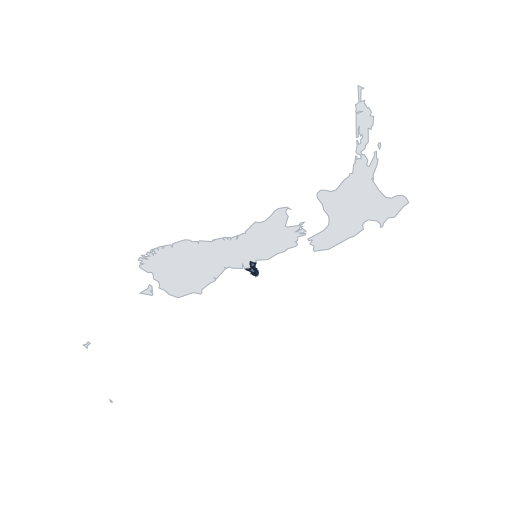 location of Christchurch City, Canterbury, New Zealand, rotated 30°
{"feature_id": "76426892B12142127553015", "entity_name": "Christchurch City", "entity_type": "district", "adm_level": 2, "iso_a3": "NZL", "parent_name": "New Zealand", "parent_adm1": "Canterbury", "projection": "equal_earth", "projection_center": [172.85, -43.646], "detail": "fine", "context": "in_parent", "style": "filled", "palette": "slate", "viewbox_px": 512, "rotation_deg": 30, "n_neighbors": 0, "source": "geoboundaries", "source_scale": "gbopen_adm2", "svg_char_len": 7657}
<svg xmlns="http://www.w3.org/2000/svg" viewBox="0 0 512 512"><g transform="rotate(30 256 256)"><path d="M266.4,215.3L268.3,215.5L277.1,208.8L280.7,207.3L281.6,207.2L279.7,209.2L280.1,210.6L278.1,215.2L279.8,214.4L280.8,211.3L282.0,210.7L281.6,208.9L286.8,209.5L285.0,212.7L282.2,214.5L283.9,214.6L287.9,211.4L287.9,213.3L282.7,218.7L284.3,221.7L282.9,224.1L284.4,223.8L286.3,225.7L285.2,228.2L279.5,234.4L278.7,237.6L273.6,243.1L268.1,253.2L258.0,259.8L259.8,261.6L256.3,264.0L259.1,263.6L261.1,267.5L265.6,268.7L265.9,272.4L263.0,273.4L260.1,271.7L255.9,272.4L257.3,270.8L255.6,269.8L252.5,272.9L248.0,269.3L250.5,273.5L241.7,278.4L238.1,278.8L236.8,281.4L234.7,281.6L235.9,282.4L233.2,295.7L230.8,295.7L233.1,297.2L232.7,298.5L229.9,302.3L226.0,312.4L227.5,314.8L227.3,316.5L220.0,319.1L209.4,331.1L199.7,332.8L194.2,331.4L187.9,332.2L186.7,328.8L184.5,327.0L178.8,327.1L176.0,323.4L173.6,322.4L170.8,324.4L161.9,324.1L160.2,323.5L159.9,322.1L163.1,318.3L160.1,320.4L158.8,320.1L160.0,318.5L159.8,316.9L156.1,318.5L156.3,315.2L164.4,313.0L161.2,312.8L160.9,311.6L164.1,309.2L159.8,309.4L160.4,306.5L162.8,306.5L161.9,304.4L166.7,306.5L166.0,304.5L167.9,303.9L164.5,302.5L164.4,300.3L166.0,298.7L168.2,299.4L166.7,297.6L170.6,293.9L171.6,296.7L171.8,292.7L176.8,288.8L178.9,290.3L177.9,286.8L186.2,277.6L191.0,275.2L193.6,275.6L197.9,272.8L199.8,273.9L199.1,271.9L199.6,270.9L210.8,265.6L210.8,263.9L212.0,263.6L211.2,263.2L217.5,257.4L220.2,257.8L218.6,256.1L221.2,254.6L223.8,255.8L222.3,254.0L224.7,252.9L225.9,254.4L226.0,252.2L229.8,247.5L230.6,251.2L231.0,250.7L230.8,247.0L233.5,242.7L235.6,241.8L234.6,240.5L238.4,226.9L242.6,225.2L246.3,221.2L248.8,213.6L249.6,207.9L251.8,203.6L258.2,198.2L263.4,198.2L259.8,198.7L259.3,201.6L260.4,203.9L264.2,205.6L266.4,215.3ZM263.8,59.4L269.5,69.9L272.5,66.7L272.9,69.1L278.5,72.0L279.5,71.0L284.1,73.8L284.8,77.5L288.0,76.2L291.9,84.1L291.3,86.1L292.5,88.9L289.2,89.2L296.3,101.2L295.4,105.4L296.6,108.3L294.8,113.6L297.8,115.2L298.9,113.9L305.0,117.2L306.4,122.1L309.2,122.0L308.4,110.1L306.6,107.0L308.0,105.1L311.8,111.4L313.4,111.1L315.2,116.3L317.0,127.5L319.4,131.0L318.1,130.4L317.8,131.3L319.0,132.3L330.6,138.0L339.3,140.4L344.4,138.2L347.4,133.7L352.5,130.2L357.1,130.5L361.6,133.4L359.0,139.6L356.5,153.2L351.3,157.2L350.0,164.1L350.9,166.8L349.8,169.0L347.7,166.1L343.2,165.2L335.3,168.6L333.1,172.0L332.8,176.3L335.7,179.0L330.9,190.0L328.1,193.1L315.6,213.9L304.0,222.8L302.5,222.0L301.5,218.5L296.7,218.6L297.0,214.5L296.4,214.1L294.5,216.4L292.5,215.6L301.7,200.5L303.4,193.0L301.7,189.0L299.2,185.3L291.6,182.1L287.9,178.3L280.6,175.2L278.5,173.3L277.7,170.9L279.1,166.7L283.1,164.3L288.8,162.7L292.3,158.6L294.4,145.7L296.7,141.0L296.0,138.1L298.3,136.0L294.8,127.8L295.5,125.2L294.5,124.9L292.4,119.6L293.7,119.4L295.0,122.3L296.2,119.9L298.4,119.3L295.9,116.0L292.7,117.0L290.5,116.0L288.8,110.9L285.5,105.5L286.5,105.3L289.2,108.0L290.2,105.9L288.4,102.7L289.1,99.6L286.9,97.8L286.6,99.8L282.8,96.8L280.7,91.8L280.7,94.4L285.1,101.6L283.9,103.1L283.1,102.4L271.8,83.2L275.6,77.9L273.3,78.9L271.2,82.2L270.0,80.8L269.3,78.4L266.5,75.2L267.8,73.3L267.9,70.8L259.2,57.5L265.3,56.9L263.8,59.4ZM180.9,334.1L184.1,338.5L182.4,338.2L182.4,339.2L185.7,340.2L185.8,342.1L174.1,346.1L178.4,338.6L178.0,334.2L180.9,334.1ZM154.9,417.9L156.0,420.5L152.3,419.2L150.4,419.8L153.2,417.2L153.5,414.3L156.2,414.7L154.9,417.9ZM309.0,98.1L309.6,101.8L306.0,99.0L305.9,97.1L306.8,95.8L309.0,98.1ZM280.1,206.0L277.8,207.3L278.4,204.4L281.0,202.6L280.1,206.0ZM160.1,311.8L159.8,313.4L156.5,312.8L159.0,311.0L160.1,311.8ZM203.8,453.7L204.7,454.7L203.1,455.1L201.4,453.6L203.8,453.7ZM163.6,301.5L164.4,304.1L162.2,302.9L163.6,301.5Z" fill="#d9dde1" stroke="#a8b0b8" stroke-width="1"/><path d="M254.1,263.8L254.1,264.0L254.4,264.1L254.8,264.1L254.6,265.1L255.2,266.1L255.4,266.0L255.5,266.1L255.7,265.9L255.8,266.1L256.2,266.4L256.4,266.8L256.5,266.7L256.7,266.9L256.7,267.0L256.8,266.9L256.9,267.0L257.0,267.2L257.1,267.5L257.3,267.4L257.5,267.5L257.8,267.6L258.0,267.5L258.0,267.9L258.0,268.1L258.0,268.5L257.9,268.9L257.7,269.0L257.7,269.3L257.5,269.5L257.3,269.7L257.4,269.8L257.5,269.8L257.6,270.0L257.7,270.3L257.4,270.4L257.2,270.4L257.1,270.5L257.1,270.8L253.5,272.7L254.6,272.5L257.5,272.1L259.3,272.0L259.6,272.1L259.8,272.0L259.7,272.1L259.8,272.2L260.0,272.2L259.9,272.3L260.0,272.5L260.4,272.7L260.5,272.7L260.4,272.7L260.5,272.7L260.6,272.8L260.8,272.9L261.0,272.8L261.0,273.0L261.2,272.9L261.3,272.8L261.3,272.7L261.4,272.8L261.2,273.2L261.4,273.1L261.6,273.1L261.4,273.4L261.8,273.4L261.9,273.1L261.9,273.4L262.0,273.4L262.1,273.5L262.3,273.5L262.5,273.4L262.7,273.5L262.7,273.4L262.8,273.4L263.2,273.7L263.5,273.5L263.4,273.2L263.1,273.1L263.0,272.9L262.9,272.8L262.9,272.7L262.8,272.3L262.7,272.1L262.8,272.1L262.7,272.0L262.7,271.9L262.7,271.7L263.0,271.6L262.9,271.3L263.0,271.4L263.0,271.2L262.9,271.2L263.0,271.1L262.8,271.0L262.9,270.7L263.0,270.5L263.0,270.9L263.1,270.4L263.4,270.5L263.6,270.6L263.7,270.8L263.7,271.0L263.8,271.1L263.4,271.1L263.4,271.3L263.5,271.4L263.8,271.4L263.7,271.6L263.5,271.8L263.4,271.8L263.4,272.0L263.3,272.3L263.3,272.6L263.5,272.9L263.7,273.1L263.8,273.0L263.8,273.4L264.0,273.4L264.2,273.0L264.3,273.2L264.3,273.3L264.6,273.2L264.4,273.0L264.4,272.9L264.7,273.1L265.0,273.0L264.9,273.0L265.1,272.7L265.3,272.7L265.2,272.5L265.4,272.5L265.4,272.4L265.3,272.2L265.5,272.3L265.7,272.6L265.7,272.4L265.8,272.3L265.7,272.2L265.8,272.1L266.1,272.2L265.9,271.9L266.1,271.9L266.0,271.7L266.2,271.4L266.2,271.1L266.2,270.9L266.5,270.9L266.4,270.8L266.4,270.7L266.5,270.6L266.5,270.3L266.5,270.2L266.4,270.0L266.1,270.1L265.9,270.1L266.0,270.0L265.9,269.9L266.3,269.8L266.2,269.6L266.2,269.4L266.1,269.2L265.8,269.0L265.8,268.8L265.7,269.0L265.4,269.2L265.4,268.9L265.4,268.7L265.6,268.7L265.4,268.6L265.2,268.6L265.2,268.4L265.0,268.5L264.9,268.4L265.0,268.2L264.8,268.2L264.7,268.2L264.4,268.6L264.2,268.7L264.3,268.5L264.5,268.2L264.4,268.2L264.4,268.3L264.2,268.3L264.3,268.0L264.1,267.9L263.7,268.1L263.7,267.9L263.4,267.9L263.4,267.7L263.2,267.5L263.1,267.8L262.9,268.0L262.9,268.3L262.7,268.7L262.7,268.9L262.6,269.0L262.5,268.9L262.5,268.7L262.4,268.7L262.6,268.4L262.6,268.2L262.8,267.5L262.7,267.7L262.7,267.4L262.6,267.5L262.5,267.3L262.3,267.6L262.3,267.4L262.2,267.5L262.3,267.2L262.2,267.2L262.1,267.3L262.1,267.2L261.9,267.1L262.0,267.1L261.9,267.1L261.7,267.4L261.7,267.6L261.6,267.8L261.6,268.0L261.4,268.2L261.3,268.4L261.2,268.4L261.3,268.2L261.4,267.8L261.4,267.7L261.4,267.4L261.5,267.2L261.4,267.1L261.3,267.3L261.2,267.4L260.8,267.4L260.7,267.5L260.5,267.4L260.4,267.4L260.3,267.5L260.2,267.5L260.2,267.8L260.0,267.5L259.9,267.5L259.6,267.6L259.6,267.8L259.4,267.8L259.5,267.8L259.5,268.0L259.4,268.1L259.2,268.3L259.1,268.2L259.1,267.9L259.0,268.0L258.8,268.3L258.8,268.5L258.7,268.3L258.6,268.5L258.7,268.3L258.6,268.2L258.5,268.3L258.6,268.2L258.7,267.9L258.7,267.7L258.6,267.8L258.4,267.9L258.5,267.7L258.4,267.5L258.5,267.5L258.9,267.2L259.0,267.2L259.3,267.2L259.4,267.3L259.5,267.2L259.8,267.2L259.8,267.3L259.9,267.1L260.1,267.0L260.4,266.9L260.6,267.0L260.7,266.9L260.8,266.9L261.0,266.9L261.1,266.7L260.9,266.6L260.7,266.7L260.5,266.3L260.4,266.4L260.1,266.2L260.0,266.3L259.9,266.1L259.7,266.1L259.8,266.1L259.7,266.1L259.4,266.1L259.4,265.9L259.5,265.9L259.6,265.7L259.6,265.4L259.8,265.4L259.8,265.5L260.0,265.7L260.1,266.0L259.6,264.4L259.5,263.4L259.4,262.4L259.4,263.1L259.3,262.8L259.3,262.7L259.3,262.4L259.0,262.4L258.5,262.9L257.7,263.3L257.2,263.4L256.7,263.4L256.3,263.5L254.7,263.7L254.1,263.8ZM259.1,267.6L259.1,267.8L259.1,267.7L259.3,267.7L259.1,267.6Z" fill="#64748b" stroke="#1e293b" stroke-width="1.5"/></g></svg>